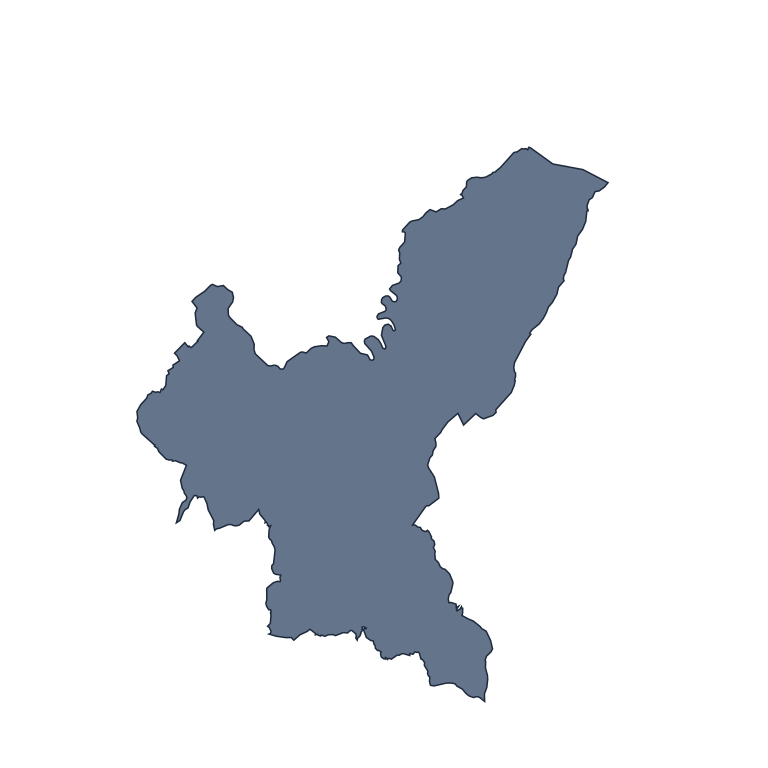 Baraolt, Covasna, Romania (Equal Earth projection), rotated 113°
{"feature_id": "2599482B42421662365067", "entity_name": "Baraolt", "entity_type": "district", "adm_level": 2, "iso_a3": "ROU", "parent_name": "Romania", "parent_adm1": "Covasna", "projection": "equal_earth", "projection_center": [25.601, 46.06], "detail": "fine", "context": "isolated", "style": "filled", "palette": "slate", "viewbox_px": 768, "rotation_deg": 113, "n_neighbors": 0, "source": "geoboundaries", "source_scale": "gbopen_adm2", "svg_char_len": 6171}
<svg xmlns="http://www.w3.org/2000/svg" viewBox="0 0 768 768"><g transform="rotate(113 384 384)"><path d="M592.9,520.9L589.4,518.5L579.8,518.6L577.2,517.9L574.8,516.0L568.3,516.4L560.9,515.1L559.9,512.7L561.9,511.0L560.1,510.1L559.8,508.4L558.2,506.1L558.8,505.0L563.3,500.2L568.5,496.7L576.3,487.3L580.0,486.1L584.9,482.6L582.8,481.6L581.0,479.0L574.2,472.4L573.0,469.3L573.1,466.9L572.3,464.5L570.3,462.0L564.9,459.2L562.8,454.8L548.5,450.3L552.3,447.5L555.8,440.7L556.9,439.5L558.2,439.3L557.1,438.2L558.2,436.7L559.6,436.1L559.4,435.1L560.4,434.5L558.8,433.0L562.7,432.9L569.9,430.4L571.3,428.8L572.2,426.3L574.3,424.7L576.5,421.6L579.4,419.4L592.4,415.5L595.0,416.3L597.9,415.2L601.2,411.7L601.5,409.3L600.2,404.4L602.7,404.2L605.6,402.4L606.7,402.6L606.9,404.2L608.1,406.1L610.4,408.4L617.5,412.0L618.4,411.9L628.5,407.6L632.2,407.0L634.6,405.1L636.9,401.7L636.1,400.2L638.3,398.7L638.7,399.1L641.7,397.4L648.9,395.1L652.5,396.5L652.9,394.6L656.0,391.2L657.9,391.1L659.1,392.2L658.3,384.7L655.7,374.9L653.6,370.3L655.1,366.9L647.7,363.4L641.9,358.1L638.7,356.3L640.4,349.7L641.8,349.2L640.3,347.5L641.0,346.5L640.8,343.9L639.6,343.7L639.3,339.7L636.6,337.3L634.6,333.0L634.6,330.4L628.7,324.3L627.4,320.2L624.6,319.0L623.4,317.6L625.0,312.3L627.0,310.9L628.7,310.9L630.3,308.6L627.8,308.9L625.9,307.8L622.7,307.7L621.8,308.3L620.0,307.7L616.1,309.2L615.3,307.5L615.6,304.9L616.3,304.9L616.7,306.6L617.8,307.2L624.2,301.2L625.3,295.8L624.7,293.5L627.2,291.8L628.4,289.9L630.6,288.7L631.9,285.8L631.3,284.8L631.7,282.0L633.5,281.9L636.3,279.9L637.1,276.9L636.6,275.2L635.2,275.7L635.5,274.1L636.3,273.3L634.5,272.2L634.4,269.7L628.4,265.9L627.5,263.6L626.6,263.4L624.7,261.2L623.9,254.2L622.0,254.9L621.4,251.7L618.4,250.8L618.3,249.1L617.4,247.6L618.2,246.1L622.7,242.6L622.7,240.8L624.5,237.8L627.3,236.9L631.3,231.3L633.5,230.8L635.3,229.1L635.7,227.4L640.1,225.9L643.2,223.5L642.3,219.8L634.9,209.7L633.0,205.3L632.2,201.5L633.6,198.8L634.3,192.6L636.9,187.5L637.9,183.7L637.6,179.0L635.5,176.5L635.1,173.8L636.9,167.3L629.9,170.5L623.1,170.8L615.5,173.1L612.0,174.8L605.6,179.7L599.6,182.0L598.8,183.0L594.5,183.3L588.6,180.8L585.4,180.6L578.4,185.7L571.6,193.4L571.0,198.3L569.7,200.7L567.3,209.1L567.3,215.0L566.6,221.9L564.5,222.0L559.7,223.9L559.9,224.8L558.7,225.7L561.5,226.1L564.3,228.3L563.5,229.2L559.3,228.5L561.4,230.2L558.5,231.6L558.9,236.9L560.0,238.7L557.3,240.6L554.7,241.4L552.2,241.7L550.0,241.0L540.7,242.6L538.8,243.7L533.2,249.4L530.7,255.3L531.0,257.7L530.3,260.7L527.1,264.1L525.5,268.2L520.2,271.0L518.1,271.4L515.2,274.6L511.9,274.6L509.0,276.6L507.8,280.0L506.1,280.6L502.3,285.1L501.7,286.9L503.5,287.7L503.8,290.2L503.5,292.4L501.8,294.4L502.5,296.8L501.6,300.2L502.6,302.6L480.8,297.8L479.3,297.1L478.6,295.2L467.7,288.9L463.4,291.0L449.9,301.3L444.0,309.9L441.5,312.2L433.8,312.9L430.5,311.7L426.1,312.7L421.3,311.8L418.4,312.9L414.3,315.8L406.2,312.8L403.5,312.7L393.9,310.3L382.1,304.5L390.7,294.7L375.4,288.0L377.0,281.9L377.2,278.8L370.3,271.4L366.3,269.7L364.5,270.9L363.1,270.7L342.1,263.5L334.3,263.6L329.6,264.5L329.2,265.4L325.8,265.8L322.6,267.1L321.9,268.5L318.4,270.9L313.3,272.2L289.3,270.3L280.9,268.3L281.0,269.1L280.0,269.8L275.9,268.8L268.1,264.6L261.5,263.0L255.0,262.4L248.9,262.7L243.2,260.9L233.9,259.9L226.7,261.2L218.6,258.6L217.0,260.0L213.9,260.8L210.4,260.4L198.1,262.4L194.1,261.8L186.1,263.1L180.2,261.9L172.2,263.5L164.2,261.7L155.5,261.8L146.1,264.7L145.3,264.8L144.8,263.8L143.5,264.5L143.1,265.6L140.1,266.8L134.3,267.1L131.0,265.0L124.5,264.9L122.2,261.4L116.7,258.1L111.1,256.4L108.9,284.7L115.5,314.6L109.3,341.7L109.5,343.2L112.2,343.2L111.8,345.3L113.1,347.3L113.4,349.1L118.2,352.1L120.2,354.9L139.1,361.4L145.6,364.7L146.9,366.6L148.4,366.8L154.0,371.4L156.1,374.9L157.4,379.4L160.0,384.0L164.1,386.7L165.9,386.8L170.3,385.2L174.8,386.9L177.8,386.7L179.7,387.5L179.7,386.2L181.7,383.5L186.3,387.8L191.9,390.3L198.9,395.9L200.3,399.8L205.2,403.2L205.5,409.8L210.1,412.3L214.8,413.5L219.0,416.1L223.1,422.0L224.8,423.5L235.0,427.1L236.7,426.6L236.1,424.7L236.8,423.3L245.3,420.5L251.9,422.8L255.0,422.9L257.3,420.7L263.1,418.6L266.2,415.7L269.6,417.3L276.2,414.8L278.7,409.9L282.1,408.6L285.0,409.4L290.0,414.8L294.4,416.0L295.5,414.6L297.6,407.2L298.9,405.7L300.9,404.8L303.4,405.2L304.3,406.5L304.5,408.8L301.9,412.3L301.3,414.5L302.2,416.7L304.9,418.9L307.3,419.2L309.9,418.3L310.8,416.9L311.7,413.3L314.5,411.0L316.7,411.5L321.6,416.5L324.4,416.9L325.8,416.1L326.7,414.6L322.2,407.6L321.9,404.5L322.9,401.8L325.9,397.7L329.7,394.6L331.1,395.4L331.1,396.7L327.9,400.1L327.3,403.6L329.5,406.3L332.7,407.1L340.2,405.4L348.0,397.5L349.9,396.5L351.4,396.9L351.4,399.2L348.1,402.6L345.4,406.5L344.1,412.0L345.0,414.9L350.1,419.0L352.3,418.8L354.3,417.5L358.6,408.4L363.4,403.5L365.3,403.1L366.8,404.1L367.1,406.3L363.7,410.5L364.9,417.7L360.7,427.3L358.8,430.3L360.2,433.6L361.9,435.9L362.6,438.9L359.9,447.1L361.2,453.5L363.6,455.1L366.6,451.3L371.3,451.3L373.1,456.3L376.9,462.6L379.9,465.2L385.8,467.6L386.4,471.6L387.4,473.3L401.2,481.9L408.5,482.2L409.9,482.9L410.7,485.6L409.2,488.5L409.1,490.6L409.7,492.7L411.8,495.5L412.4,498.2L406.5,514.3L403.1,517.1L398.1,519.0L392.0,525.0L388.4,535.0L387.1,536.7L386.9,542.5L383.0,551.9L381.4,554.1L375.4,557.0L367.7,555.4L363.2,556.3L358.8,559.5L358.1,565.0L356.1,570.3L359.4,575.4L359.4,580.9L360.9,582.2L368.5,585.2L377.7,591.1L383.0,593.0L387.1,585.8L392.4,585.6L403.0,579.6L403.9,578.3L406.7,570.1L417.1,572.7L417.2,572.0L424.6,575.1L425.9,576.1L425.2,578.3L426.3,578.8L423.8,583.5L437.5,588.9L438.7,585.7L442.5,581.3L449.1,585.7L451.1,584.5L456.2,588.1L458.5,585.8L461.3,587.4L470.6,584.3L475.7,585.3L475.6,586.9L479.4,586.9L479.6,589.3L480.8,590.6L481.1,594.3L483.8,595.0L486.3,597.1L489.7,596.9L498.2,599.9L505.8,600.7L511.4,597.5L514.9,596.9L519.9,591.7L523.4,589.0L524.5,587.1L529.7,571.9L529.5,571.1L531.0,571.0L531.8,567.3L534.3,564.8L538.3,555.2L537.9,551.9L536.9,550.1L536.9,548.8L537.7,548.6L536.1,545.9L536.1,540.6L535.5,539.1L536.0,534.1L552.1,533.7L558.7,529.1L560.8,526.2L562.3,525.4L564.2,522.3L566.0,520.9L568.2,520.9L571.9,523.3L579.2,523.4L584.0,522.0L592.9,520.9Z" fill="#64748b" stroke="#1e293b" stroke-width="1.5"/></g></svg>